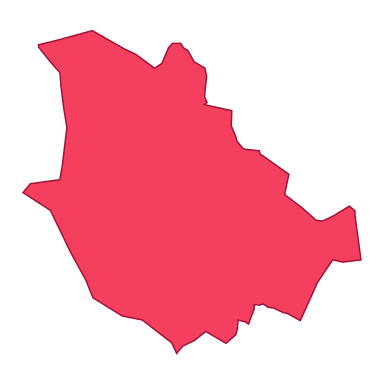 outline of Iwo, Osun, Nigeria
{"feature_id": "59680162B23671729796425", "entity_name": "Iwo", "entity_type": "district", "adm_level": 2, "iso_a3": "NGA", "parent_name": "Nigeria", "parent_adm1": "Osun", "projection": "robinson", "projection_center": [4.161, 7.675], "detail": "fine", "context": "isolated", "style": "filled", "palette": "rose", "viewbox_px": 384, "rotation_deg": 0, "n_neighbors": 0, "source": "geoboundaries", "source_scale": "gbopen_adm2", "svg_char_len": 1232}
<svg xmlns="http://www.w3.org/2000/svg" viewBox="0 0 384 384"><path d="M361.0,259.9L355.0,215.6L355.0,211.3L354.9,210.7L349.3,206.1L333.5,215.8L322.7,221.0L316.3,220.4L301.4,207.2L296.6,203.6L284.6,194.5L288.9,174.3L260.2,154.0L259.3,150.8L243.4,149.0L236.9,141.2L236.4,138.3L234.2,132.8L231.3,125.8L231.8,110.7L204.3,104.6L207.1,102.5L204.8,97.5L204.9,92.0L206.7,76.1L204.8,68.0L194.1,61.8L188.0,50.7L183.5,47.8L180.7,43.3L172.4,43.4L168.6,47.6L161.8,63.5L154.5,68.2L135.8,54.3L124.5,49.0L92.3,30.6L57.7,40.1L38.4,44.8L38.7,47.3L51.6,63.3L59.9,72.7L61.0,86.1L63.4,106.1L66.9,127.5L62.2,166.3L59.8,179.7L30.4,183.7L23.0,192.6L50.4,210.4L62.7,235.8L70.4,251.9L85.7,279.9L92.0,295.3L93.1,297.9L122.2,316.0L142.3,320.0L171.7,342.8L176.7,353.4L182.5,346.3L194.5,340.4L205.8,331.5L226.0,343.3L235.7,334.9L237.4,328.8L238.0,320.1L245.3,321.9L248.5,324.1L249.6,321.7L249.6,320.4L250.3,319.3L251.0,317.0L251.5,315.4L252.8,313.3L253.1,312.0L253.0,310.3L254.0,310.1L254.2,307.7L253.9,305.4L254.4,304.9L256.3,304.8L258.0,304.8L259.3,305.3L261.5,304.4L263.6,304.1L268.0,307.3L273.5,308.0L283.1,312.5L287.6,313.6L300.3,320.6L310.4,298.4L317.5,282.4L332.7,259.8L342.7,262.1L361.0,259.9Z" fill="#f43f5e" stroke="#9f1239" stroke-width="1.5"/></svg>